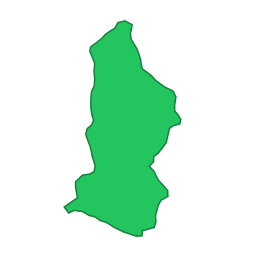 the district of Albertina, Minas Gerais, Brazil, rotated 281°
{"feature_id": "56859067B51905321176706", "entity_name": "Albertina", "entity_type": "district", "adm_level": 2, "iso_a3": "BRA", "parent_name": "Brazil", "parent_adm1": "Minas Gerais", "projection": "equal_earth", "projection_center": [-46.609, -22.199], "detail": "fine", "context": "isolated", "style": "filled", "palette": "green", "viewbox_px": 256, "rotation_deg": 281, "n_neighbors": 0, "source": "geoboundaries", "source_scale": "gbopen_adm2", "svg_char_len": 1214}
<svg xmlns="http://www.w3.org/2000/svg" viewBox="0 0 256 256"><g transform="rotate(281 128 128)"><path d="M232.6,104.7L229.5,97.9L223.5,96.1L218.8,91.0L215.3,87.7L211.2,85.4L206.1,81.1L200.5,75.8L195.9,75.9L190.4,79.7L185.0,83.0L176.8,83.9L169.6,86.0L162.8,86.8L156.8,85.3L151.7,85.7L146.3,86.6L140.8,87.7L134.5,89.8L129.0,92.7L124.1,91.7L119.6,88.1L113.7,87.7L108.4,90.8L102.6,94.4L97.9,96.5L93.6,98.2L89.4,100.5L84.7,103.0L78.7,103.0L75.6,99.4L73.0,92.3L65.1,86.8L59.4,88.0L49.9,91.7L38.3,80.5L33.2,85.9L36.9,91.0L37.3,99.4L34.7,106.6L34.5,112.3L31.8,118.5L31.2,124.7L27.8,133.6L25.2,143.2L23.4,156.6L24.8,162.3L29.9,161.8L32.2,166.4L35.4,172.7L41.2,173.3L47.1,171.7L52.9,172.1L57.6,172.4L63.4,174.2L68.5,180.2L74.1,178.9L78.8,173.0L82.6,167.7L86.8,164.4L90.7,161.6L94.3,156.3L99.9,159.5L104.8,158.7L108.7,162.2L114.3,165.2L121.0,168.3L129.3,168.6L135.5,168.8L139.0,172.1L141.9,178.1L146.6,178.1L150.1,174.9L153.7,170.6L159.5,169.4L167.6,169.1L172.8,165.2L175.2,156.3L178.1,150.1L180.2,145.6L183.6,141.4L186.2,136.3L188.8,130.7L193.0,128.9L197.9,127.1L202.5,124.7L207.2,121.8L211.7,117.8L215.7,114.2L221.1,112.3L225.9,112.5L230.2,112.3L232.6,104.7Z" fill="#22c55e" stroke="#15803d" stroke-width="1.5"/></g></svg>